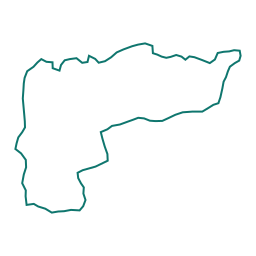 outline of Alvorada, Rio Grande do Sul, Brazil
{"feature_id": "56859067B1386586306999", "entity_name": "Alvorada", "entity_type": "district", "adm_level": 2, "iso_a3": "BRA", "parent_name": "Brazil", "parent_adm1": "Rio Grande do Sul", "projection": "albers", "projection_center": [-51.03, -30.004], "detail": "fine", "context": "isolated", "style": "outline", "palette": "teal", "viewbox_px": 256, "rotation_deg": 0, "n_neighbors": 0, "source": "geoboundaries", "source_scale": "gbopen_adm2", "svg_char_len": 1372}
<svg xmlns="http://www.w3.org/2000/svg" viewBox="0 0 256 256"><path d="M239.2,60.6L240.6,55.8L239.7,50.7L234.1,50.2L229.2,51.4L223.6,51.8L217.7,53.0L214.9,59.5L209.8,63.1L202.0,60.0L194.4,57.2L189.4,56.4L185.4,59.7L181.5,56.6L176.2,55.0L170.6,56.9L166.3,57.8L161.6,56.6L157.3,54.6L152.9,53.2L152.4,45.9L145.1,43.4L138.1,44.6L132.2,46.2L123.5,49.4L116.7,52.4L111.1,57.3L105.0,61.2L98.7,62.7L95.2,58.9L89.0,55.8L87.5,62.0L82.2,62.8L76.5,58.2L69.8,59.1L64.7,60.3L61.0,65.0L59.5,70.6L52.7,68.2L52.5,62.3L46.4,61.8L41.3,59.1L37.4,62.5L33.5,66.8L27.2,71.2L24.6,77.9L23.8,83.3L23.4,90.1L22.8,98.5L23.4,105.2L24.3,115.3L24.8,121.2L25.0,127.4L22.2,132.2L18.3,137.4L16.6,143.3L15.4,149.0L21.1,153.4L25.8,159.9L26.1,167.3L23.8,174.5L22.2,183.2L25.8,190.4L25.6,196.3L26.6,204.9L33.8,203.9L38.2,206.5L45.3,208.7L51.8,212.6L58.2,211.5L64.1,211.2L71.0,209.9L79.6,210.4L83.2,206.2L85.5,200.0L83.4,193.6L83.8,187.4L81.0,183.4L78.2,178.1L77.6,172.8L82.7,170.2L95.5,166.6L107.7,160.7L107.4,154.0L104.7,146.4L102.4,138.5L100.8,132.1L107.4,129.3L112.0,125.9L119.9,124.5L127.6,121.7L133.2,119.7L138.2,117.8L144.1,118.4L149.9,120.7L155.5,121.1L162.3,120.9L168.4,118.1L175.3,114.8L182.7,112.3L192.4,111.6L202.3,111.6L208.3,108.0L213.4,104.8L218.4,103.2L220.4,97.3L222.4,88.3L223.6,81.7L226.0,77.1L227.9,71.3L229.9,66.7L234.8,63.1L239.2,60.6Z" fill="none" stroke="#0f766e" stroke-width="2"/></svg>